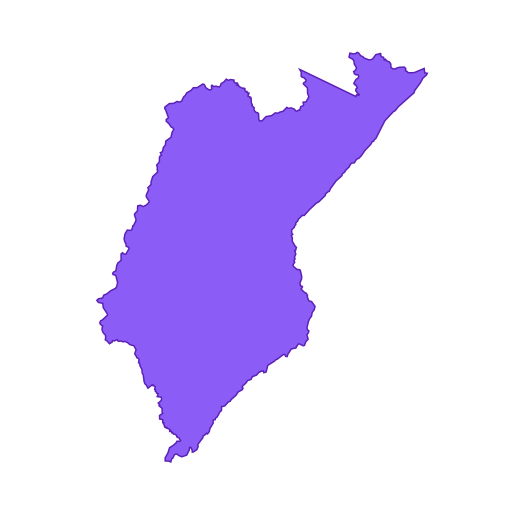 San Roque, Antioquia, Colombia, rotated 275°
{"feature_id": "7082276B69506367450690", "entity_name": "San Roque", "entity_type": "district", "adm_level": 2, "iso_a3": "COL", "parent_name": "Colombia", "parent_adm1": "Antioquia", "projection": "albers", "projection_center": [-74.951, 6.431], "detail": "fine", "context": "isolated", "style": "filled", "palette": "violet", "viewbox_px": 512, "rotation_deg": 275, "n_neighbors": 0, "source": "geoboundaries", "source_scale": "gbopen_adm2", "svg_char_len": 6085}
<svg xmlns="http://www.w3.org/2000/svg" viewBox="0 0 512 512"><g transform="rotate(275 256 256)"><path d="M402.0,372.6L411.7,380.2L413.0,382.1L417.2,384.8L432.4,399.2L434.7,399.7L442.7,404.6L447.6,406.7L451.1,410.0L453.0,410.7L453.1,408.1L457.5,407.2L452.5,397.7L452.0,394.1L452.0,391.3L453.1,390.3L453.5,388.8L455.5,388.9L457.1,387.5L456.5,382.3L455.3,379.3L454.5,378.8L454.4,376.1L455.6,374.0L459.1,373.5L461.1,371.8L461.8,369.0L463.3,367.9L462.4,366.8L465.1,365.7L465.3,364.0L466.9,362.5L468.1,362.8L468.6,362.4L467.0,357.8L462.3,354.9L461.4,352.8L461.3,351.1L462.7,346.3L463.9,345.1L464.6,342.9L467.3,340.4L467.7,339.0L466.5,337.8L465.8,335.6L466.3,331.9L462.2,331.3L460.2,335.6L457.8,337.0L456.1,337.0L452.3,339.6L450.7,339.4L448.4,337.8L448.3,337.2L446.0,338.2L445.2,339.9L445.5,341.7L443.9,342.7L442.0,342.1L440.6,340.2L436.4,338.4L435.1,339.7L435.1,340.5L432.4,342.3L431.3,341.1L429.2,340.9L428.5,342.0L427.3,342.5L426.0,344.7L424.9,344.3L425.4,342.1L423.6,341.6L445.7,283.3L443.0,285.0L438.9,285.4L438.1,286.4L437.7,288.4L435.7,290.5L434.0,290.3L432.8,288.5L431.6,288.1L427.9,292.6L422.5,293.2L419.2,294.8L413.9,292.4L413.3,289.5L410.7,290.3L409.8,289.7L408.7,287.5L405.0,286.9L405.1,285.6L403.8,284.2L404.1,282.6L405.6,281.6L406.6,278.2L405.9,275.0L406.8,273.8L402.5,270.3L401.3,266.9L400.3,265.9L400.2,262.6L397.3,259.5L395.7,253.8L391.2,250.2L390.9,247.8L392.1,247.0L398.0,246.1L398.9,245.1L399.1,243.4L401.2,241.2L403.6,241.3L405.3,238.9L406.2,239.2L408.3,237.9L412.8,237.4L413.0,236.4L413.7,236.7L414.6,234.0L417.4,234.8L417.2,233.9L418.1,233.7L418.2,232.6L419.1,232.6L418.9,231.5L419.7,230.6L421.6,230.4L421.6,229.4L422.2,229.3L421.9,228.1L423.2,224.6L424.3,223.9L424.5,222.1L425.6,223.0L425.8,222.1L426.8,222.0L426.3,220.8L427.7,218.7L429.3,218.8L429.6,215.5L428.6,213.0L429.6,210.9L426.9,209.2L424.7,206.2L422.6,205.8L421.2,204.7L421.7,201.2L421.1,199.3L422.3,197.3L421.3,196.7L418.8,197.4L417.4,196.2L417.7,194.3L419.2,191.5L422.3,189.5L422.7,188.0L418.6,182.8L418.2,178.9L415.4,177.0L412.5,172.8L409.6,171.4L408.3,170.1L403.8,168.4L402.6,166.1L403.1,163.8L400.9,160.8L400.3,156.4L396.5,152.3L395.1,152.2L393.4,153.4L386.4,156.6L385.7,156.5L384.2,154.7L382.4,154.8L380.2,157.7L377.2,160.1L376.0,162.6L374.6,162.9L371.8,161.6L366.9,161.0L362.6,156.1L358.9,156.1L355.9,154.2L351.7,153.7L350.6,151.7L348.1,153.1L347.3,151.8L345.9,151.2L341.2,151.5L337.9,149.1L335.4,150.1L333.6,150.0L331.1,150.7L326.1,146.2L320.7,145.0L318.1,145.2L314.6,142.3L312.6,143.3L307.6,141.5L305.4,141.5L301.7,144.5L300.3,144.9L297.3,142.4L295.4,139.3L296.5,136.5L295.7,133.8L290.4,133.9L287.5,131.4L285.9,131.5L281.9,133.3L280.1,133.1L275.9,131.4L275.4,130.7L271.3,130.0L270.6,129.0L270.6,125.5L266.6,123.6L261.7,123.1L259.4,123.8L255.9,125.7L254.4,125.8L253.5,128.4L252.3,128.9L246.5,126.2L246.5,124.2L247.6,122.7L246.3,121.4L239.9,122.0L237.0,119.0L234.4,118.1L229.0,117.7L227.6,115.5L226.2,114.7L225.1,115.2L224.5,117.8L223.5,118.4L217.4,120.4L213.3,119.9L211.4,118.7L208.9,114.5L205.3,110.7L203.7,107.7L200.8,106.9L199.7,102.8L197.9,101.3L196.0,103.1L195.5,107.5L191.3,108.3L185.0,113.2L184.0,113.1L178.6,108.2L178.1,107.0L175.9,106.2L174.5,106.8L172.8,109.4L170.7,108.9L168.7,109.2L166.3,110.4L164.0,112.9L161.3,113.4L159.4,113.1L158.2,115.3L155.8,117.6L157.7,120.2L159.2,120.4L159.1,122.6L160.7,124.9L159.1,126.1L159.5,129.4L158.9,130.7L159.4,133.2L158.6,135.5L156.8,137.9L155.9,142.3L152.1,144.7L148.2,143.7L146.8,144.4L145.8,145.6L144.4,145.9L143.6,147.9L142.7,148.5L139.5,148.3L138.8,149.4L136.3,150.1L133.2,152.2L129.5,152.8L127.9,154.0L121.1,155.5L119.0,156.5L118.1,157.8L114.9,159.9L118.8,164.0L118.6,164.8L117.7,164.9L117.9,165.7L117.1,167.0L114.2,166.6L113.8,167.6L112.4,167.5L111.8,168.7L110.7,168.9L110.3,170.6L107.3,169.8L107.1,173.7L106.2,174.4L103.8,174.2L100.9,171.4L99.0,173.2L98.3,172.5L96.0,175.7L92.2,176.1L91.1,176.8L88.8,173.8L85.2,174.2L84.8,177.4L82.0,177.6L81.8,178.7L81.0,178.3L79.8,179.3L78.5,179.5L77.7,180.3L77.5,182.1L77.1,182.3L76.9,181.7L75.7,185.4L74.5,185.2L74.2,185.8L73.8,185.6L74.0,186.9L73.2,187.1L73.1,187.8L72.4,187.7L72.2,189.0L71.4,189.3L71.5,190.6L70.2,192.6L69.0,192.8L67.9,195.2L65.5,197.0L64.8,196.3L64.6,193.4L62.8,192.6L60.1,190.0L57.5,186.6L52.1,185.4L47.0,183.1L43.9,183.4L44.1,186.7L43.4,189.1L46.4,189.6L47.5,190.8L50.8,192.0L51.6,193.1L51.8,194.5L50.6,196.2L49.5,199.6L51.6,204.3L56.9,206.4L59.5,206.6L59.6,207.8L57.1,209.3L55.1,209.6L55.3,210.7L58.0,214.0L61.3,215.0L63.1,214.4L70.3,218.9L72.1,219.0L73.8,221.2L75.2,222.0L74.5,223.2L77.0,224.8L80.0,225.1L86.0,228.0L87.8,227.6L89.1,228.0L89.4,229.6L90.9,229.8L92.2,231.3L98.1,233.9L98.9,235.1L102.8,234.8L103.9,237.9L108.1,241.1L109.1,243.0L110.9,243.8L115.5,248.2L119.0,250.1L121.5,253.9L123.1,254.6L124.3,253.6L125.1,253.8L128.4,256.9L131.3,258.6L132.5,261.7L135.5,262.9L137.4,266.9L140.0,268.7L141.6,271.0L142.1,273.2L140.4,274.0L141.3,276.2L147.8,277.2L148.6,277.9L152.8,283.5L154.4,284.7L154.8,285.9L160.3,291.9L160.4,293.2L158.6,294.3L158.5,295.8L160.9,296.3L166.5,299.3L167.8,303.7L171.6,305.5L172.3,306.8L170.7,310.6L171.1,312.0L175.0,313.1L177.6,315.2L181.8,313.6L184.4,315.0L186.0,315.2L187.0,313.7L188.9,313.0L195.1,313.9L198.3,314.9L200.8,316.5L204.6,316.9L207.6,318.7L210.9,319.2L215.5,315.3L215.8,313.1L216.4,312.3L219.3,310.8L221.2,310.7L223.2,309.4L224.1,307.3L226.8,303.9L229.3,305.0L229.9,304.5L230.1,303.0L232.9,302.1L237.0,303.4L239.7,303.3L245.6,301.4L246.2,300.6L246.2,297.9L249.0,294.1L250.5,293.7L253.3,295.1L254.7,294.2L256.5,295.2L258.1,294.4L261.4,295.5L264.6,294.1L264.9,294.9L268.1,295.5L269.4,294.0L274.0,290.8L277.0,290.7L279.6,289.4L280.7,290.7L282.2,289.5L285.2,289.3L288.0,291.7L289.4,291.9L290.8,292.9L292.4,292.7L294.5,294.5L296.3,295.0L300.4,298.5L300.6,300.5L307.2,305.5L313.9,311.5L315.4,313.8L322.4,319.8L323.7,319.7L326.3,322.2L326.8,323.4L329.3,324.1L337.9,329.3L343.4,334.5L345.6,335.0L347.4,337.1L349.0,337.7L353.0,341.1L355.6,342.1L356.8,343.2L357.4,345.8L361.1,347.7L362.3,349.9L364.8,352.0L370.9,355.5L377.1,360.5L380.1,361.9L380.6,363.2L382.2,363.8L383.6,365.2L402.0,372.6Z" fill="#8b5cf6" stroke="#5b21b6" stroke-width="1.5"/></g></svg>